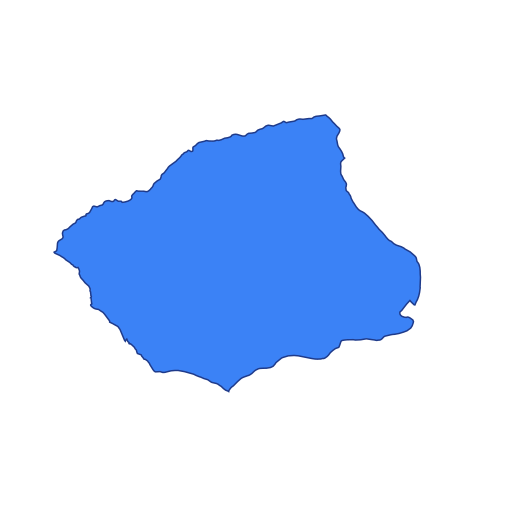 Guacamayas, Boyacá, Colombia, rotated 309°
{"feature_id": "7082276B5758535109940", "entity_name": "Guacamayas", "entity_type": "district", "adm_level": 2, "iso_a3": "COL", "parent_name": "Colombia", "parent_adm1": "Boyacá", "projection": "orthographic", "projection_center": [-72.516, 6.443], "detail": "fine", "context": "isolated", "style": "filled", "palette": "blue", "viewbox_px": 512, "rotation_deg": 309, "n_neighbors": 0, "source": "geoboundaries", "source_scale": "gbopen_adm2", "svg_char_len": 6110}
<svg xmlns="http://www.w3.org/2000/svg" viewBox="0 0 512 512"><g transform="rotate(309 256 256)"><path d="M165.6,93.8L161.7,93.1L159.5,92.9L158.4,92.6L156.7,91.7L155.7,90.8L154.8,90.5L154.0,90.4L151.9,91.2L150.5,92.7L149.8,93.7L149.0,94.3L148.2,94.5L147.3,94.5L144.0,93.3L142.9,93.2L142.0,93.3L141.0,93.7L137.1,96.4L135.0,97.6L134.4,97.7L131.9,96.7L131.6,97.6L131.8,98.7L133.0,103.3L133.2,105.6L133.5,107.3L133.5,109.6L133.3,110.3L133.8,115.5L133.5,117.9L133.8,119.4L133.5,120.1L133.4,121.3L133.4,121.8L133.7,122.1L133.7,123.1L133.8,123.6L134.5,124.5L135.1,124.9L134.4,126.5L133.5,128.0L132.9,128.6L130.7,129.9L130.2,131.1L129.2,132.7L128.7,134.1L128.4,136.5L127.6,140.1L127.4,144.9L127.1,145.7L126.1,147.8L124.4,149.0L123.9,150.2L123.3,150.6L122.3,151.7L121.3,152.6L121.1,153.4L120.7,153.6L119.5,153.7L119.7,154.1L116.4,157.4L115.6,158.4L115.2,158.6L114.8,158.3L114.1,158.2L113.8,158.4L113.5,159.0L113.3,159.9L113.3,162.0L113.5,163.4L114.0,164.8L115.4,167.3L115.6,170.2L115.9,172.5L115.5,174.9L113.5,182.7L113.3,183.2L112.5,183.9L113.1,186.4L114.3,193.0L113.3,196.6L107.8,206.8L107.5,208.1L108.6,207.8L110.1,207.9L109.0,209.9L108.8,210.7L108.8,211.9L108.0,212.4L108.2,213.1L108.3,213.3L108.9,213.8L108.7,214.4L108.8,215.3L108.5,219.0L107.8,220.6L107.7,221.7L107.6,222.2L107.0,223.0L106.6,223.5L105.6,225.2L106.9,228.9L106.8,229.3L106.3,230.1L105.9,232.2L105.4,233.6L105.4,234.0L106.0,235.0L106.2,237.8L105.7,239.4L105.5,240.7L104.8,242.0L102.9,247.4L102.5,249.1L102.5,250.0L102.7,250.8L105.8,254.2L106.8,256.8L108.1,258.3L113.3,262.2L116.1,265.1L118.1,267.6L121.2,273.3L124.9,281.9L125.5,284.6L126.5,287.9L127.1,289.3L128.0,292.7L129.5,296.3L129.8,300.6L130.1,301.5L132.1,305.7L132.5,307.4L132.5,308.9L132.8,310.9L132.5,314.2L132.6,316.8L133.4,319.3L133.5,320.1L134.4,319.6L137.3,319.4L139.1,319.6L140.8,320.1L146.8,320.7L151.2,321.4L152.9,322.0L154.4,322.8L157.7,324.8L158.7,325.5L159.8,326.0L162.0,326.7L165.1,327.1L166.3,327.3L167.7,327.8L170.0,328.9L171.1,329.8L173.1,332.0L175.5,334.8L178.4,337.4L179.8,338.1L181.2,338.7L184.2,338.8L185.7,338.6L192.9,340.1L194.3,340.9L198.7,343.9L202.6,348.1L205.0,351.6L211.4,363.8L213.1,366.7L214.5,368.6L216.8,371.2L218.2,372.2L219.0,373.2L220.1,373.8L222.6,374.5L224.6,374.7L227.7,374.6L230.8,375.1L233.2,375.7L234.5,376.2L236.7,377.6L237.4,377.8L239.5,377.1L243.0,375.8L244.0,375.8L244.8,376.3L246.1,377.4L248.3,379.6L252.2,384.3L253.3,386.2L256.8,390.1L260.0,392.9L261.1,393.9L264.0,398.8L265.2,400.7L266.2,402.7L266.5,403.1L267.3,403.7L268.4,404.9L269.4,405.6L270.9,406.0L273.7,406.2L274.9,406.7L279.6,410.3L281.2,411.7L282.4,413.0L285.8,415.9L289.8,418.6L292.9,420.4L297.3,421.6L300.1,421.3L302.8,420.3L304.1,419.7L305.0,418.1L304.8,414.6L304.4,413.0L303.7,411.9L303.0,411.6L301.9,410.0L300.9,407.2L301.0,405.6L301.3,404.7L301.8,404.0L302.9,403.1L305.5,403.5L308.1,403.4L313.6,403.3L318.3,403.6L317.9,405.7L317.7,408.1L317.6,409.7L318.0,410.3L320.6,409.5L323.7,408.9L327.2,407.7L330.5,406.1L334.8,403.5L335.1,403.0L335.6,402.7L343.0,397.2L345.3,395.0L347.6,393.1L350.2,390.5L351.9,388.1L352.5,386.9L353.1,384.5L355.3,381.8L355.8,380.6L356.0,379.1L356.2,373.2L355.2,367.5L355.2,365.9L354.6,363.0L352.8,358.3L352.3,355.4L352.5,352.3L352.4,351.4L352.0,350.1L352.0,348.2L352.5,345.3L353.0,343.4L353.8,339.4L354.2,334.9L354.8,332.3L355.3,329.3L356.6,324.0L357.4,318.1L357.6,313.3L357.3,311.0L356.7,308.5L356.6,306.4L357.2,303.1L358.8,298.4L359.0,297.5L360.3,294.5L360.8,293.5L361.9,292.0L362.4,290.9L362.8,289.4L363.5,288.0L363.5,285.7L363.7,284.8L365.5,282.9L366.1,282.5L367.0,282.2L368.7,281.1L369.1,280.6L369.8,279.1L370.5,276.2L370.9,275.3L372.3,272.5L372.5,271.7L373.2,270.2L375.1,268.4L379.1,265.5L380.9,263.7L382.4,262.8L383.9,262.8L387.9,263.3L387.9,262.3L388.2,261.5L389.9,259.2L391.1,256.7L392.1,253.7L392.7,251.4L393.5,249.9L394.4,248.8L396.2,246.7L397.4,245.1L398.2,244.4L400.2,243.5L403.8,243.0L405.9,242.4L407.0,241.7L407.3,241.2L407.6,239.9L407.7,237.0L408.2,233.6L408.4,231.3L409.2,227.7L409.4,225.3L409.3,223.3L409.5,221.9L409.4,221.3L405.2,217.6L402.3,214.7L400.3,213.5L398.7,213.2L398.0,212.9L396.1,210.6L391.8,206.5L390.1,203.9L388.9,202.8L387.5,201.9L385.6,201.3L384.9,200.9L380.7,197.2L378.8,195.8L378.5,195.1L378.4,193.9L378.2,193.1L377.8,192.6L376.3,192.1L375.6,192.0L367.9,187.7L365.5,183.4L364.9,182.9L363.3,181.9L360.1,181.2L358.8,180.7L357.1,179.4L355.0,178.2L352.0,177.8L351.5,177.6L349.0,175.5L346.6,173.0L344.9,172.4L343.2,172.2L342.5,172.0L341.5,171.1L340.6,169.8L338.6,164.8L338.1,164.0L337.7,163.4L336.4,162.2L334.8,161.3L334.3,161.2L333.4,161.4L332.3,161.0L330.1,159.6L327.8,157.5L324.6,155.9L323.0,154.8L322.3,154.2L321.4,152.7L319.5,151.5L318.4,150.5L315.7,147.0L314.7,145.2L314.4,144.7L312.7,143.7L308.4,140.3L306.6,139.7L304.0,139.5L302.9,139.2L301.3,138.6L300.9,138.6L300.1,139.0L299.3,139.8L298.3,140.5L297.8,140.7L297.4,140.7L296.4,139.9L296.2,139.6L296.0,138.0L295.7,137.1L295.3,136.8L293.8,136.7L293.2,136.5L291.7,135.6L290.7,135.2L289.5,135.2L287.7,134.7L286.2,134.9L284.2,134.8L281.6,134.4L279.2,134.2L271.8,132.2L270.3,132.0L269.5,132.0L268.2,132.2L265.9,132.2L263.6,132.3L262.3,132.2L260.7,131.7L259.9,131.6L258.9,131.8L257.7,132.5L255.9,133.1L255.4,133.2L252.0,131.9L248.3,131.2L247.3,131.3L245.5,131.9L244.0,132.1L242.3,131.9L241.4,132.0L239.1,131.6L237.8,131.1L236.9,130.2L235.7,128.0L232.3,123.7L231.6,122.2L231.2,122.0L230.0,121.8L227.6,121.7L226.5,121.5L225.5,121.5L224.6,121.6L224.2,121.8L223.4,122.7L222.8,123.1L221.4,123.2L220.2,122.9L218.3,122.1L215.7,120.3L214.2,119.0L213.5,118.2L213.7,117.0L213.7,116.7L211.9,114.5L211.5,111.4L211.3,111.1L210.6,110.8L209.0,110.9L208.4,110.6L207.5,109.5L207.2,108.9L206.6,107.0L206.2,106.5L205.3,105.6L204.3,104.8L202.9,104.2L202.2,104.2L201.6,104.2L200.4,104.5L199.3,104.5L198.9,104.4L196.7,102.8L195.4,102.3L194.3,101.7L194.0,101.3L192.9,98.9L192.4,98.3L191.4,98.0L189.6,98.5L185.6,99.2L184.6,99.2L183.3,98.7L182.1,97.8L181.6,97.7L181.2,97.8L180.3,98.5L180.1,98.5L179.5,98.1L179.2,97.7L176.4,96.0L175.6,95.7L173.8,95.5L173.1,95.2L172.5,94.5L171.7,94.3L170.9,94.3L170.0,94.4L169.0,94.8L168.1,94.9L165.6,93.8Z" fill="#3b82f6" stroke="#1e3a8a" stroke-width="1.5"/></g></svg>